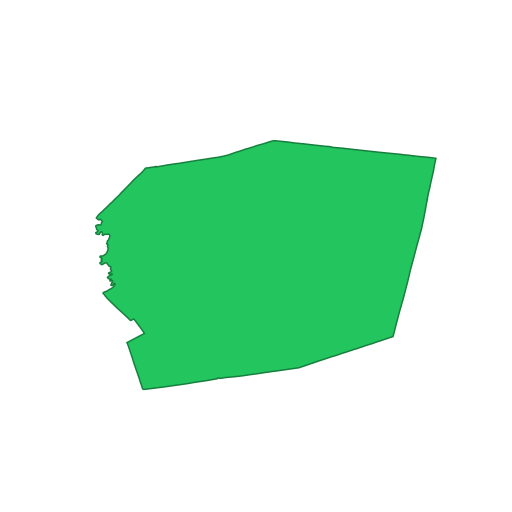 Sfintesti, Teleorman, Romania, rotated 28°
{"feature_id": "2599482B66322400213375", "entity_name": "Sfintesti", "entity_type": "district", "adm_level": 2, "iso_a3": "ROU", "parent_name": "Romania", "parent_adm1": "Teleorman", "projection": "mercator", "projection_center": [25.082, 44.181], "detail": "fine", "context": "isolated", "style": "filled", "palette": "green", "viewbox_px": 512, "rotation_deg": 28, "n_neighbors": 0, "source": "geoboundaries", "source_scale": "gbopen_adm2", "svg_char_len": 6052}
<svg xmlns="http://www.w3.org/2000/svg" viewBox="0 0 512 512"><g transform="rotate(28 256 256)"><path d="M414.8,262.9L414.5,261.5L414.3,260.6L414.0,259.3L413.9,258.7L413.1,255.7L409.6,241.0L409.4,240.2L408.2,235.0L407.9,233.1L407.0,229.3L406.4,226.5L406.5,226.5L401.9,207.2L398.9,195.8L395.1,179.3L392.9,170.1L392.7,169.0L389.2,153.4L389.0,153.1L386.6,144.6L384.2,136.8L384.0,136.1L381.7,129.1L380.7,125.4L380.5,125.5L378.6,118.9L377.4,114.2L376.0,109.6L373.1,98.8L372.4,96.4L371.0,92.3L369.0,85.3L362.7,87.6L352.7,91.8L342.4,95.8L339.7,97.0L334.8,98.8L330.8,100.5L321.3,104.4L315.2,106.9L299.7,113.1L296.5,114.4L281.8,120.2L272.6,124.1L270.6,124.5L267.7,125.6L267.6,125.8L257.9,129.7L245.4,134.6L236.2,138.4L234.6,138.9L232.2,139.9L231.9,139.9L230.1,140.6L220.6,144.5L218.9,145.2L218.1,145.5L217.5,145.9L216.4,146.8L214.0,149.1L210.2,153.1L204.9,158.1L202.1,161.2L201.2,162.2L200.6,162.6L199.3,164.0L198.1,165.2L197.8,165.4L197.5,165.7L196.5,166.5L195.9,167.3L195.3,168.0L192.3,171.1L192.0,171.5L190.5,172.9L188.2,175.3L187.6,176.0L186.3,177.4L184.2,179.7L182.9,180.9L180.6,183.0L175.3,187.3L173.2,188.7L166.2,194.0L163.2,196.2L161.8,197.3L159.4,199.0L155.4,202.1L154.1,203.0L151.8,204.8L146.1,209.1L144.0,210.8L143.1,211.3L142.9,211.4L136.4,216.2L133.6,218.3L133.0,218.9L125.7,224.5L125.5,224.0L125.3,224.1L125.2,224.4L125.0,224.6L120.9,227.6L120.3,228.0L119.9,228.5L119.4,228.8L117.9,229.7L117.1,230.5L117.0,230.8L116.9,232.0L116.6,233.1L116.2,235.1L115.7,236.5L115.3,237.9L114.5,239.6L114.2,240.7L113.3,243.3L112.1,246.9L111.0,251.1L110.6,252.4L110.4,253.1L109.4,256.6L109.0,257.9L108.7,258.8L108.4,259.8L108.2,261.0L108.0,261.5L107.6,262.3L107.4,263.0L106.9,265.5L105.8,269.1L105.4,270.2L104.6,272.6L104.3,273.7L103.5,276.4L102.7,278.3L101.9,280.9L101.8,281.5L100.9,284.2L100.0,286.6L99.7,288.1L99.5,288.7L98.5,291.0L98.3,291.7L98.0,292.3L97.9,293.2L97.7,293.6L97.5,294.6L97.3,295.7L97.2,297.4L97.9,297.5L99.0,297.9L99.8,297.9L100.3,297.8L100.6,297.7L100.8,297.4L101.0,296.9L101.3,296.7L101.6,296.6L101.9,296.6L102.4,296.9L102.6,297.1L102.8,297.3L103.5,297.3L103.8,297.4L104.0,297.6L104.2,298.0L104.2,298.4L104.0,299.2L104.1,299.7L104.5,300.9L104.5,301.3L104.3,301.5L103.1,302.1L102.4,302.2L102.1,302.4L101.9,302.6L101.3,303.4L100.7,303.8L100.5,304.0L100.5,304.5L100.5,304.9L100.7,305.2L101.7,306.0L102.2,306.5L102.7,307.3L103.0,307.4L104.1,307.6L104.3,307.7L104.5,307.9L104.6,308.2L104.6,308.5L104.6,308.9L104.3,309.5L103.7,310.3L103.6,310.6L103.7,310.9L103.9,311.1L104.4,311.4L104.7,311.4L105.3,311.3L106.5,311.1L107.4,310.4L107.5,310.3L107.6,310.0L107.6,309.8L107.5,309.5L107.5,308.9L107.8,307.5L107.9,307.3L108.1,307.2L108.6,307.1L109.0,307.3L109.4,307.5L109.6,307.8L109.8,308.1L110.1,309.2L110.3,309.4L110.7,309.7L111.0,309.7L111.4,309.5L111.7,309.1L112.0,308.1L112.2,307.9L112.7,307.6L113.5,307.3L114.7,306.6L115.0,306.4L115.2,306.1L115.4,305.9L115.7,305.8L116.0,305.8L116.4,306.0L116.9,306.3L117.4,306.8L118.0,308.2L118.0,308.4L117.9,308.9L117.9,309.1L118.2,310.9L118.1,311.5L117.8,312.0L117.7,312.2L117.8,312.7L118.1,313.5L118.4,313.9L118.4,314.2L118.4,314.6L118.2,314.8L118.2,315.0L118.4,315.3L118.6,315.4L119.6,315.5L119.9,315.6L120.1,315.7L120.3,316.0L120.3,316.4L120.3,317.2L120.4,317.4L121.5,318.2L122.1,319.2L122.4,320.0L122.5,321.2L122.7,321.7L122.7,322.4L122.5,322.9L122.5,323.3L122.7,323.7L122.7,324.0L122.7,324.4L121.9,325.7L121.4,326.8L120.5,328.0L120.1,328.4L119.8,328.7L119.0,328.7L118.7,329.1L118.5,329.6L118.5,329.9L118.7,330.2L118.9,330.3L119.9,330.4L121.0,330.4L121.2,330.5L121.3,330.7L121.1,332.0L121.3,332.4L121.6,332.5L122.5,332.8L122.6,333.0L122.6,333.4L122.4,333.7L122.1,334.1L121.6,334.5L121.4,334.8L121.4,335.0L121.5,335.3L121.8,335.8L122.2,335.9L123.3,336.1L123.9,336.0L124.2,335.9L125.3,334.1L126.2,332.8L126.5,332.5L127.2,332.4L127.7,332.4L128.6,332.9L130.1,333.4L131.0,334.0L131.3,334.0L131.7,334.0L132.6,333.6L132.9,333.7L133.3,334.1L133.5,335.4L133.6,335.8L133.8,336.0L134.3,336.4L135.1,336.6L135.4,336.8L135.6,337.1L135.5,337.7L135.4,338.0L134.9,338.7L134.6,339.3L134.0,339.8L133.9,339.9L133.9,340.2L134.1,340.7L134.4,340.8L134.8,340.8L135.5,340.6L136.2,340.4L136.4,340.2L136.8,339.6L136.9,339.4L137.3,339.3L137.5,339.4L137.7,339.7L137.6,340.0L137.5,340.3L137.1,340.6L136.4,341.7L135.9,342.2L135.0,343.9L134.9,344.5L135.0,344.8L135.4,345.0L137.6,345.3L138.2,344.9L138.4,344.6L138.9,344.5L139.1,344.6L139.2,344.8L138.6,345.7L138.5,346.0L138.7,346.5L139.0,346.5L139.4,346.3L140.4,345.2L140.7,345.0L140.9,345.0L141.1,345.2L141.2,346.5L141.3,346.9L141.3,347.4L141.5,349.7L141.6,349.8L141.8,349.9L142.2,349.9L142.9,349.4L143.3,348.7L143.4,348.2L143.6,346.7L144.0,346.5L144.7,346.8L144.8,347.0L144.9,347.4L144.9,348.9L144.2,351.3L143.6,352.4L142.9,353.5L142.3,354.3L142.0,354.8L140.9,356.8L140.7,357.2L140.6,357.5L140.0,357.9L139.5,358.3L139.0,359.2L138.4,359.8L138.3,360.2L138.4,360.5L138.5,360.7L138.8,361.0L139.3,361.1L140.5,361.3L141.4,362.0L142.7,362.4L143.8,363.0L149.7,364.8L157.3,367.0L170.6,370.4L173.5,371.3L175.2,371.8L175.5,371.8L176.0,371.4L177.4,369.3L177.6,369.1L178.1,369.1L183.1,371.4L192.4,375.9L193.8,376.8L182.7,393.1L183.3,393.4L186.8,396.6L194.9,404.3L199.4,408.8L202.6,411.7L203.5,412.6L205.3,414.2L208.3,417.0L210.2,418.7L213.0,421.6L215.7,424.0L217.9,426.2L218.3,426.5L218.6,426.6L219.1,426.7L219.9,426.3L220.7,425.7L222.5,424.5L223.3,423.9L228.2,420.5L229.5,419.5L234.9,415.8L255.5,400.8L261.1,396.4L270.4,389.6L278.7,383.1L279.4,382.6L279.3,382.0L279.3,381.7L279.5,381.6L280.3,381.3L281.0,381.3L281.5,381.0L283.7,379.5L285.5,378.1L288.4,376.1L293.9,372.6L294.5,372.1L297.4,370.2L301.2,367.5L306.3,363.7L312.1,359.6L319.0,354.4L323.2,351.4L323.6,351.0L328.3,347.7L330.8,345.9L346.3,334.6L361.3,318.6L364.3,315.5L369.2,310.3L370.8,308.7L372.7,306.9L374.9,304.6L378.0,301.2L380.4,298.9L382.6,296.5L383.7,295.4L385.6,293.3L389.3,289.7L390.0,288.9L390.3,288.5L391.0,287.7L391.8,287.0L393.0,285.8L393.3,285.3L396.6,281.9L400.1,278.4L402.6,275.6L403.8,274.3L404.7,273.5L409.2,268.7L412.6,265.1L414.1,263.6L414.5,263.1L414.8,262.9Z" fill="#22c55e" stroke="#15803d" stroke-width="1.5"/></g></svg>